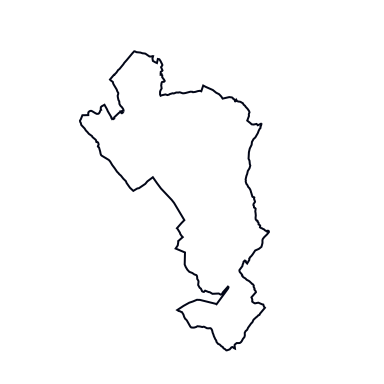 Schitu Golesti, Arges, Romania (Equal Earth projection), rotated 313°
{"feature_id": "2599482B88468084359717", "entity_name": "Schitu Golesti", "entity_type": "district", "adm_level": 2, "iso_a3": "ROU", "parent_name": "Romania", "parent_adm1": "Arges", "projection": "equal_earth", "projection_center": [25.003, 45.176], "detail": "fine", "context": "isolated", "style": "outline", "palette": "ink", "viewbox_px": 384, "rotation_deg": 313, "n_neighbors": 0, "source": "geoboundaries", "source_scale": "gbopen_adm2", "svg_char_len": 5979}
<svg xmlns="http://www.w3.org/2000/svg" viewBox="0 0 384 384"><g transform="rotate(313 192 192)"><path d="M289.9,196.2L289.7,196.2L285.7,194.6L285.8,192.8L283.4,191.1L282.2,189.5L282.2,187.6L281.9,183.7L286.5,181.8L287.2,180.9L288.0,180.3L289.5,179.7L290.1,178.6L290.7,176.0L290.9,173.1L291.2,172.1L291.1,170.1L291.5,169.0L291.6,168.3L291.2,167.3L291.1,166.3L290.7,165.4L289.9,164.4L289.2,163.0L289.6,161.5L288.3,161.9L287.9,161.9L287.7,161.6L288.4,160.5L288.5,160.2L288.4,159.7L288.5,159.3L288.3,158.8L288.5,158.6L288.4,156.7L286.8,154.5L281.2,150.7L281.8,148.3L282.0,145.1L281.1,142.0L280.8,137.7L278.3,130.5L277.5,127.6L272.0,130.1L271.4,128.8L269.8,127.5L267.4,126.1L265.6,124.6L265.5,123.9L264.2,122.4L259.9,119.7L258.5,118.6L257.8,117.8L256.7,115.3L256.2,114.7L255.4,114.2L254.0,112.6L252.2,111.8L251.4,111.2L251.0,110.5L248.5,109.0L247.6,108.8L246.2,108.0L245.2,106.0L242.1,103.9L241.0,103.4L241.5,102.2L243.5,100.3L244.8,99.7L247.0,99.2L249.1,96.6L249.8,96.3L250.3,95.8L251.2,95.3L252.0,95.1L252.7,95.5L253.2,96.1L253.8,96.4L254.6,96.3L255.1,94.9L255.6,92.0L256.9,90.8L256.4,89.3L257.4,89.3L257.2,88.3L258.6,87.2L260.2,87.6L260.8,87.5L262.2,84.2L262.9,84.2L264.6,83.8L264.9,83.4L266.3,79.7L266.8,77.6L266.0,76.3L262.4,78.4L261.8,76.6L261.2,74.0L262.7,72.0L264.8,70.9L264.5,70.5L263.6,70.0L263.0,69.5L262.1,68.4L261.4,63.6L260.5,62.2L259.8,61.4L258.8,59.2L256.3,55.9L256.1,54.8L255.5,53.8L253.0,53.8L244.0,54.3L240.2,54.4L238.6,54.7L232.3,55.1L231.0,54.8L227.6,55.3L226.0,55.2L224.7,55.4L224.5,55.0L218.3,55.3L218.2,56.4L218.5,59.0L217.6,60.4L217.2,61.4L215.6,67.0L214.6,68.9L214.2,70.4L213.5,71.1L211.7,72.0L210.7,73.2L209.1,75.5L208.7,76.9L206.9,78.9L206.3,80.8L206.2,83.2L205.6,85.4L204.8,86.5L202.6,85.0L202.8,87.2L201.8,87.0L201.4,84.9L200.1,84.6L193.6,84.2L192.9,84.5L192.7,85.0L191.8,84.8L191.8,84.3L190.8,83.9L191.2,82.4L191.6,82.3L193.7,75.2L194.5,73.5L196.1,68.5L193.0,67.5L191.9,67.5L190.6,68.5L190.1,69.5L189.7,69.3L189.3,69.3L187.3,70.1L186.0,70.3L185.3,70.1L184.3,69.2L183.8,67.8L183.0,64.0L182.7,63.1L182.3,62.6L181.7,62.2L180.8,61.9L179.6,61.9L178.6,62.6L177.5,63.7L173.4,59.5L169.3,61.1L167.8,61.4L167.0,62.4L166.8,63.3L165.5,65.4L165.2,70.2L164.6,72.4L164.5,74.8L164.2,76.8L164.7,80.7L164.3,81.8L164.5,85.6L164.4,86.5L164.0,87.2L163.4,87.7L163.4,88.1L164.0,88.7L164.1,89.6L163.7,90.4L162.9,91.5L161.6,91.8L161.1,92.1L161.0,93.0L161.2,93.5L159.0,97.2L157.6,99.1L157.0,100.4L157.0,101.2L158.7,109.3L158.5,111.3L157.3,115.4L156.7,118.9L155.7,123.3L155.6,125.7L155.4,126.4L155.5,128.9L154.9,132.7L154.8,136.3L154.0,138.0L152.8,143.7L152.8,148.3L157.3,149.6L158.6,150.6L166.1,152.3L169.3,152.1L176.1,153.3L174.6,160.3L173.4,166.9L172.4,182.5L171.8,186.3L166.2,205.6L162.0,205.5L155.2,205.7L155.2,206.5L154.0,210.9L153.3,212.1L152.8,214.3L152.7,216.0L146.6,215.4L146.3,215.9L143.2,218.0L139.5,218.6L143.0,228.1L134.0,236.1L132.9,238.5L132.0,241.6L131.8,244.5L133.0,247.5L133.3,249.9L134.2,251.9L133.9,253.0L133.1,254.0L132.0,255.1L131.5,257.0L130.9,257.9L128.2,259.9L127.2,262.9L127.4,264.4L126.3,267.1L126.7,268.4L127.2,268.9L128.8,268.9L130.2,272.5L130.8,273.2L131.5,276.4L136.0,280.8L136.5,282.9L137.6,283.5L139.8,283.0L147.3,282.8L147.3,283.6L146.1,284.2L126.6,286.5L126.4,285.6L118.5,271.4L116.5,269.1L112.5,267.3L109.2,265.5L103.0,263.5L95.6,261.7L95.9,263.4L96.6,264.6L96.8,265.6L97.1,266.1L97.3,266.8L96.9,267.8L96.6,269.2L95.4,271.3L94.6,273.5L94.7,274.6L94.5,276.0L92.4,282.6L92.4,283.8L93.3,285.0L94.4,286.1L96.1,287.1L97.5,287.5L99.1,289.6L100.3,291.7L101.2,292.2L101.6,292.6L101.9,293.4L102.6,295.9L103.7,297.2L104.8,298.1L105.0,298.6L105.1,299.2L104.8,300.4L104.5,301.1L103.1,303.2L102.4,304.8L101.5,306.3L100.8,308.1L100.2,309.5L100.0,310.6L99.9,311.0L99.2,311.9L99.1,312.1L98.7,314.6L99.3,316.2L99.3,317.3L99.2,318.7L99.6,320.1L99.2,321.7L99.6,323.4L99.6,325.1L100.3,325.7L102.6,326.9L105.2,326.8L106.1,327.2L106.3,327.5L106.5,329.3L106.8,330.2L108.7,327.9L109.4,327.4L110.0,327.4L112.0,327.7L113.9,329.7L114.4,330.0L115.6,330.2L116.8,330.1L119.4,329.4L121.5,329.3L122.0,329.1L123.2,328.4L125.0,326.6L126.7,326.1L128.9,326.3L130.9,325.6L136.2,324.9L137.8,325.0L140.6,324.1L144.4,324.4L145.2,324.6L147.2,324.6L147.7,325.0L148.4,325.1L149.3,324.7L157.1,324.3L157.2,322.9L158.3,320.9L157.7,319.9L156.3,316.0L153.5,314.0L153.1,312.7L152.9,310.8L154.4,309.5L155.0,308.5L155.5,307.3L162.3,307.1L162.8,306.4L163.1,305.1L163.1,304.7L163.2,304.3L163.5,303.8L164.1,303.5L164.7,301.7L165.7,301.0L166.0,299.9L166.0,299.4L165.7,298.2L165.9,297.6L165.8,296.4L165.9,295.5L165.7,293.9L165.2,292.4L165.1,291.5L165.2,290.2L165.0,289.0L164.8,288.2L164.7,287.0L164.9,286.5L164.9,285.7L165.4,285.6L165.7,284.8L166.1,281.5L166.7,280.4L167.4,279.9L172.1,279.4L173.4,278.6L175.7,277.7L176.1,277.3L177.8,277.3L178.1,277.8L178.1,278.6L177.7,278.8L177.4,279.7L177.3,281.1L181.5,280.2L182.4,279.2L183.6,279.2L184.3,278.9L185.3,279.1L187.7,278.9L192.3,278.1L196.0,279.7L199.2,280.2L201.0,279.3L202.8,278.3L204.9,276.3L206.0,275.8L208.2,275.6L212.3,275.8L215.1,275.6L215.7,275.0L215.6,274.1L215.2,273.7L214.8,273.6L214.3,273.8L214.0,273.5L214.1,272.5L213.7,271.4L213.8,270.2L213.3,268.8L213.2,268.0L212.8,267.3L212.5,265.8L213.6,265.1L213.9,264.8L214.0,264.2L213.7,262.8L214.7,261.9L215.0,260.9L215.0,260.1L215.5,259.8L215.6,259.1L215.2,258.5L215.4,257.4L215.7,256.9L216.7,255.9L218.3,254.7L220.0,252.8L220.9,251.6L223.2,249.9L223.3,249.1L223.0,248.3L223.0,247.9L223.9,246.9L224.3,245.8L225.2,245.2L227.8,244.8L228.3,244.0L229.3,242.0L230.5,241.3L230.5,241.0L229.8,239.7L229.8,239.2L230.6,238.2L230.7,237.7L231.7,236.2L231.9,235.6L232.5,234.8L233.5,232.9L234.0,231.0L234.0,229.8L234.8,227.8L235.0,226.9L235.0,226.3L236.2,224.2L237.2,223.5L237.8,222.6L240.9,220.8L242.9,220.0L245.4,218.5L248.5,217.9L251.1,216.6L251.8,215.3L254.1,212.7L254.9,210.7L259.9,206.5L263.2,204.6L267.2,203.4L269.5,201.7L272.7,200.9L275.1,201.1L279.9,200.0L282.3,199.0L284.0,198.5L285.6,198.4L286.6,197.4L287.5,197.3L289.0,196.4L289.9,196.2Z" fill="none" stroke="#020617" stroke-width="2"/></g></svg>